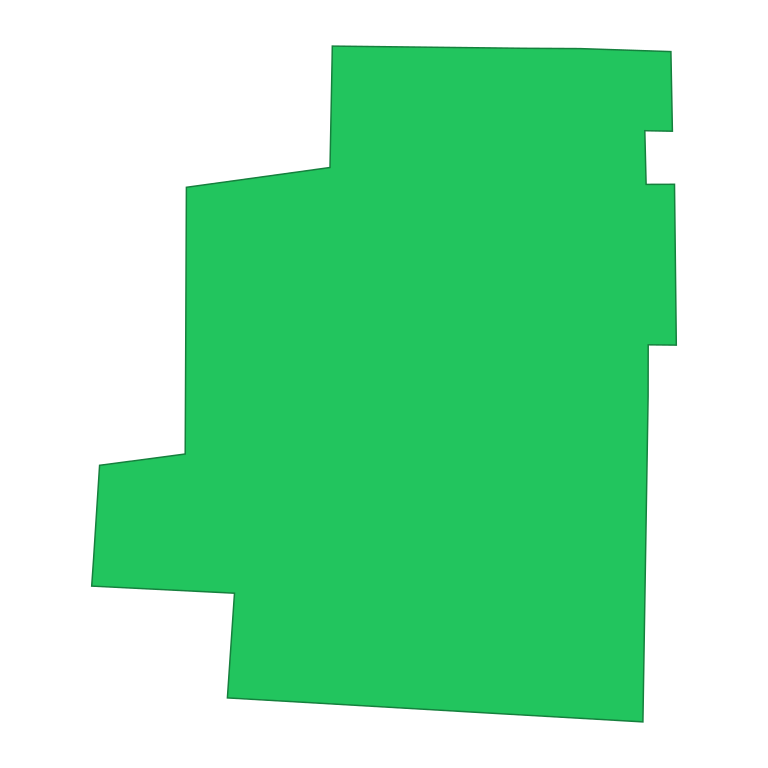 the district of Morrow, Ohio, United States of America
{"feature_id": "52423323B2612836546555", "entity_name": "Morrow", "entity_type": "district", "adm_level": 2, "iso_a3": "USA", "parent_name": "United States of America", "parent_adm1": "Ohio", "projection": "natural_earth1", "projection_center": [-82.803, 40.529], "detail": "fine", "context": "isolated", "style": "filled", "palette": "green", "viewbox_px": 768, "rotation_deg": 0, "n_neighbors": 0, "source": "geoboundaries", "source_scale": "gbopen_adm2", "svg_char_len": 411}
<svg xmlns="http://www.w3.org/2000/svg" viewBox="0 0 768 768"><path d="M93.6,558.7L91.7,586.1L234.5,593.2L227.4,697.9L498.4,713.6L642.9,721.9L648.1,396.2L648.2,344.8L676.3,345.1L674.5,184.3L646.1,184.4L644.8,130.7L672.4,131.2L670.9,51.6L580.1,48.6L524.3,48.3L332.3,46.1L332.1,59.7L330.0,167.5L186.4,187.3L185.8,330.2L185.2,454.0L99.6,465.3L93.6,558.7Z" fill="#22c55e" stroke="#15803d" stroke-width="1.5"/></svg>